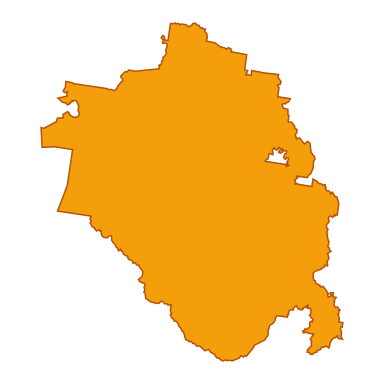 South Burnett, Queensland, Australia
{"feature_id": "25037944B91914901383533", "entity_name": "South Burnett", "entity_type": "district", "adm_level": 2, "iso_a3": "AUS", "parent_name": "Australia", "parent_adm1": "Queensland", "projection": "natural_earth1", "projection_center": [151.784, -26.401], "detail": "fine", "context": "isolated", "style": "filled", "palette": "amber", "viewbox_px": 384, "rotation_deg": 0, "n_neighbors": 0, "source": "geoboundaries", "source_scale": "gbopen_adm2", "svg_char_len": 5967}
<svg xmlns="http://www.w3.org/2000/svg" viewBox="0 0 384 384"><path d="M230.8,48.8L228.5,47.7L226.2,49.2L225.3,48.2L219.8,46.5L215.2,42.9L206.4,41.1L207.5,36.4L206.5,35.2L207.0,33.9L204.6,31.6L205.4,29.0L203.2,28.9L202.3,27.8L200.7,28.4L198.9,25.3L196.7,24.9L195.5,23.2L192.7,23.6L191.8,25.2L188.8,26.6L187.7,26.4L186.2,24.7L181.4,24.0L179.8,24.7L178.7,23.5L176.0,23.9L175.4,23.0L173.2,23.8L170.9,23.4L170.4,23.9L168.0,40.3L165.7,40.4L164.5,39.0L164.5,36.7L162.8,35.4L161.2,37.9L163.6,40.4L162.6,42.1L162.7,43.3L165.3,42.9L167.1,43.9L167.2,45.2L165.7,50.7L166.5,53.0L165.2,55.5L162.8,57.5L163.3,59.9L161.9,60.8L161.0,65.1L159.0,65.1L159.1,68.8L135.7,71.2L128.8,70.0L127.1,71.9L124.9,71.8L120.8,76.1L121.0,77.5L122.5,79.1L122.8,81.0L121.4,81.7L118.0,85.8L116.8,88.6L114.3,90.9L111.5,89.4L109.3,89.7L106.5,88.5L74.0,83.7L72.1,82.7L65.9,81.4L65.4,87.5L63.6,90.0L63.3,91.5L65.0,92.7L67.5,91.8L66.6,95.3L67.0,96.2L57.9,98.1L62.8,102.4L66.2,103.0L67.3,104.9L68.6,104.6L69.5,103.3L70.1,103.6L72.2,100.7L73.0,101.5L74.4,100.3L76.2,100.8L78.6,105.5L78.5,108.9L77.9,110.2L78.9,112.1L79.3,114.4L78.5,115.9L76.2,117.5L75.4,117.0L73.5,117.4L70.0,115.0L68.7,112.4L67.4,111.7L63.0,114.5L63.3,117.7L57.3,118.2L56.5,121.6L43.6,128.4L41.1,127.5L42.1,147.3L54.7,146.8L72.6,149.5L67.3,185.4L57.6,211.1L91.1,216.1L91.3,216.7L90.1,218.2L90.0,219.2L91.2,220.9L90.2,222.9L92.3,226.9L94.9,228.2L94.8,229.2L96.8,231.0L98.9,229.6L100.2,231.2L101.1,230.8L101.3,234.0L101.9,235.7L104.0,237.5L107.5,237.7L109.1,235.8L110.6,235.7L111.6,236.5L111.7,240.3L113.5,243.2L115.2,244.4L116.1,247.2L117.5,248.1L118.4,250.7L119.5,250.5L120.7,249.1L121.5,251.1L122.6,251.4L123.4,254.0L125.6,255.7L127.6,256.0L128.1,258.8L132.4,261.0L133.1,263.4L135.0,262.6L136.6,264.8L139.1,265.5L139.1,266.3L142.5,271.0L142.8,272.2L142.3,276.3L138.4,279.5L139.9,281.7L144.8,283.8L145.1,285.2L144.0,287.6L144.9,289.7L143.9,292.2L145.1,293.3L145.8,298.6L150.9,301.9L154.8,302.9L157.0,303.5L159.4,303.0L160.0,302.0L161.7,301.2L163.5,302.1L164.5,303.8L167.2,303.8L167.8,305.0L171.2,304.9L170.4,309.9L170.6,311.6L171.7,313.2L170.3,315.0L172.3,318.6L173.4,318.9L174.0,320.9L176.3,321.4L177.4,322.7L178.5,324.4L178.7,326.1L180.4,327.6L182.2,331.3L183.6,331.7L183.5,333.3L184.4,334.1L184.6,336.8L186.0,340.0L188.3,340.4L188.9,341.6L191.5,341.7L192.7,343.4L194.8,343.8L196.9,346.3L199.5,345.8L204.9,350.8L208.7,349.4L210.7,352.3L214.6,354.4L215.2,355.9L217.3,358.1L218.6,358.0L220.8,359.9L223.3,361.0L225.6,359.8L227.0,360.7L229.0,360.2L232.4,360.8L239.1,358.1L241.1,355.6L243.4,357.0L245.2,355.7L246.4,356.2L253.9,347.0L254.1,345.4L265.1,339.8L265.7,338.0L267.8,335.9L268.3,332.3L267.8,331.0L269.1,328.1L269.1,326.7L270.1,325.0L272.6,323.7L274.2,322.0L275.2,320.0L275.2,318.5L277.0,315.7L287.4,317.1L287.7,314.6L288.4,314.7L288.9,311.1L290.7,309.8L293.3,310.0L293.6,307.9L296.2,305.8L298.2,308.8L298.9,308.5L299.3,309.4L302.4,309.9L302.6,308.3L303.3,308.6L304.2,307.3L306.1,307.2L306.6,305.8L307.8,305.1L307.4,308.2L310.5,308.6L311.0,311.5L310.6,314.4L309.5,315.0L311.1,317.8L312.8,318.9L312.7,321.5L312.2,322.0L311.4,321.2L310.5,321.5L309.4,324.0L310.1,325.9L309.0,327.5L306.7,329.3L305.0,328.8L304.6,330.5L302.8,330.8L303.0,332.2L303.9,333.0L304.9,332.2L306.1,332.7L306.9,332.1L308.4,333.3L313.6,334.1L310.2,339.0L311.6,341.3L311.3,341.7L311.5,345.7L309.9,347.6L309.2,347.6L308.9,349.1L307.7,349.4L307.1,352.1L309.0,352.5L310.7,354.4L312.4,354.5L314.6,352.6L316.8,352.0L316.7,351.4L317.9,350.4L320.4,349.6L321.8,347.1L323.5,347.2L326.1,346.2L329.0,348.0L330.4,342.4L331.8,339.7L333.8,338.0L335.1,338.0L336.9,336.0L337.8,336.1L337.6,337.6L338.4,338.5L342.5,339.2L341.3,337.2L341.4,331.1L340.5,329.7L340.9,326.8L342.2,327.0L342.9,322.6L338.8,321.9L339.4,318.1L337.9,314.3L338.7,313.8L338.8,310.6L340.0,310.3L337.3,306.9L335.8,307.6L334.1,305.6L334.1,302.9L334.7,302.0L334.0,300.9L336.2,297.4L332.9,296.9L333.4,292.9L330.3,292.8L330.3,293.9L331.6,295.5L328.3,297.1L327.5,295.0L328.6,293.8L327.4,293.0L327.0,291.5L323.3,286.5L322.9,286.3L320.9,287.3L320.4,287.3L320.8,287.1L319.6,286.1L320.1,285.4L315.8,283.4L315.4,281.0L313.6,279.9L313.0,274.6L313.4,273.1L315.1,271.3L321.3,269.1L321.7,268.3L324.5,266.9L324.9,265.1L327.4,265.9L327.7,265.5L327.1,261.9L329.0,257.9L327.6,253.6L330.9,251.2L329.5,249.8L329.4,248.2L327.9,246.9L329.0,241.4L328.2,240.2L327.1,235.1L327.6,233.6L326.6,232.4L328.0,229.3L326.9,228.4L326.4,224.6L328.5,222.7L329.2,221.1L328.3,218.8L329.1,216.5L330.5,216.0L332.6,217.3L333.8,216.5L334.2,214.8L335.4,215.7L336.2,214.7L337.2,215.0L338.8,203.5L338.3,202.9L338.1,200.2L337.0,198.6L337.2,197.2L335.1,196.5L332.4,192.2L330.5,193.8L330.1,192.0L328.7,190.8L327.7,191.0L325.5,189.7L325.9,187.0L325.0,186.8L325.3,184.7L322.5,185.0L321.8,184.0L319.0,183.6L316.9,181.2L312.9,179.1L311.9,186.5L297.3,184.1L296.9,183.4L295.3,184.2L295.4,181.7L294.5,180.2L297.5,178.0L297.8,177.0L296.7,177.0L296.6,176.1L307.2,177.6L309.1,174.7L310.6,174.0L313.1,168.1L313.6,161.1L314.9,159.3L314.4,156.2L313.1,155.4L312.4,153.6L311.2,153.2L310.0,143.2L307.6,141.4L304.5,144.0L299.4,137.8L296.5,138.8L295.5,135.1L294.9,135.7L297.0,131.9L297.0,129.6L294.5,128.0L294.8,126.3L291.9,122.4L288.1,121.8L288.9,115.6L288.0,115.1L287.9,109.4L283.1,108.0L282.0,104.3L284.0,103.6L285.8,103.8L285.8,103.2L288.8,101.7L290.3,98.7L277.7,96.7L279.0,87.4L277.7,86.3L277.7,85.1L280.3,84.3L280.9,81.5L278.0,77.3L278.6,74.5L264.3,72.9L251.8,70.5L251.2,75.3L245.9,74.6L245.9,73.7L246.9,72.8L247.7,70.6L244.7,70.0L246.7,54.7L231.2,51.8L231.6,51.1L230.8,48.8ZM288.8,158.6L286.7,162.9L287.8,163.0L287.0,164.6L288.9,165.4L286.4,166.6L285.9,164.5L265.1,161.3L266.3,159.4L268.1,158.8L268.8,154.5L269.6,153.5L272.9,154.7L273.1,152.8L272.3,150.1L274.3,147.6L275.1,149.3L276.6,150.0L278.1,149.2L278.0,148.3L278.8,147.4L280.5,148.7L280.8,149.2L278.4,152.0L280.2,153.2L282.5,152.1L282.4,149.1L283.8,150.8L286.5,151.0L286.3,153.4L285.0,153.8L283.7,157.1L284.3,158.6L285.7,159.3L286.3,158.1L287.5,157.6L288.8,158.6Z" fill="#f59e0b" stroke="#b45309" stroke-width="1.5"/></svg>